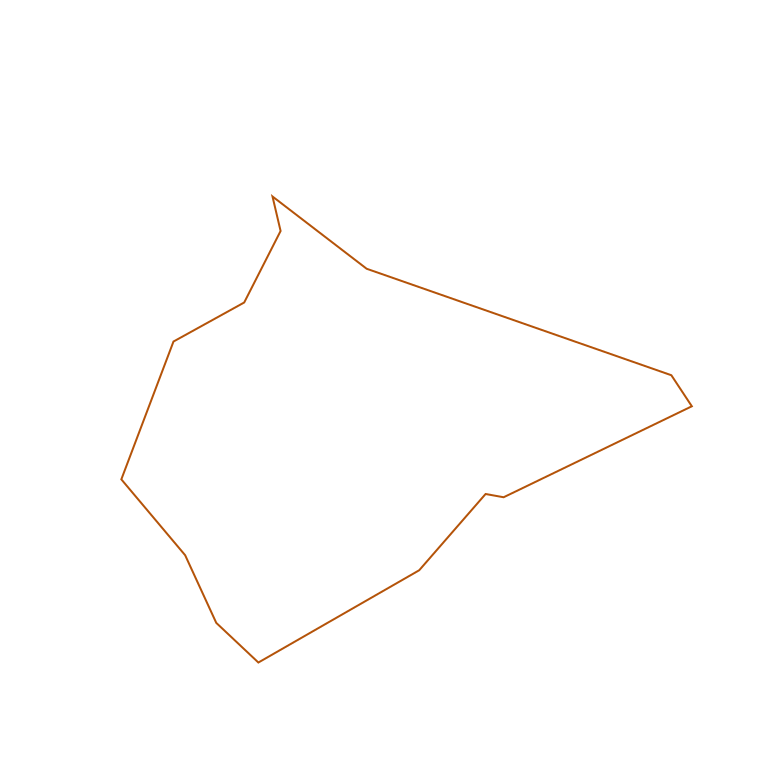 outline of Twic East, Jonglei, South Sudan, rotated 159°
{"feature_id": "79223893B26459782826909", "entity_name": "Twic East", "entity_type": "district", "adm_level": 2, "iso_a3": "SSD", "parent_name": "South Sudan", "parent_adm1": "Jonglei", "projection": "orthographic", "projection_center": [31.334, 7.029], "detail": "fine", "context": "isolated", "style": "outline", "palette": "amber", "viewbox_px": 768, "rotation_deg": 159, "n_neighbors": 0, "source": "geoboundaries", "source_scale": "gbopen_adm2", "svg_char_len": 346}
<svg xmlns="http://www.w3.org/2000/svg" viewBox="0 0 768 768"><g transform="rotate(159 384 384)"><path d="M420.9,599.0L425.7,563.9L485.3,510.2L565.3,499.1L663.4,389.1L631.0,295.4L626.2,221.1L601.1,169.0L417.9,197.5L328.6,244.9L312.9,235.4L104.6,252.9L112.6,289.2L358.9,497.8L420.9,599.0Z" fill="none" stroke="#b45309" stroke-width="2"/></g></svg>